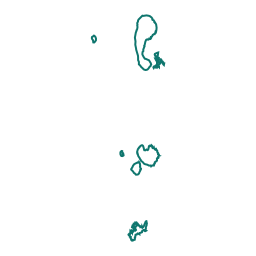 outline of Siau Tagulandang Biaro, Sulawesi Utara, Indonesia
{"feature_id": "22746128B24839603722983", "entity_name": "Siau Tagulandang Biaro", "entity_type": "district", "adm_level": 2, "iso_a3": "IDN", "parent_name": "Indonesia", "parent_adm1": "Sulawesi Utara", "projection": "equal_earth", "projection_center": [125.379, 2.44], "detail": "fine", "context": "isolated", "style": "outline", "palette": "teal", "viewbox_px": 256, "rotation_deg": 0, "n_neighbors": 0, "source": "geoboundaries", "source_scale": "gbopen_adm2", "svg_char_len": 5897}
<svg xmlns="http://www.w3.org/2000/svg" viewBox="0 0 256 256"><path d="M148.9,15.8L146.5,15.4L143.2,15.9L142.4,15.7L138.5,19.6L138.0,20.8L138.0,21.5L137.2,23.1L137.5,24.8L137.2,25.2L137.5,27.0L137.2,28.8L137.0,29.5L136.5,30.2L136.6,30.5L135.8,32.6L134.9,37.7L135.5,41.3L135.3,44.7L136.1,48.7L136.2,49.7L138.0,55.8L138.1,57.7L138.1,60.1L138.9,61.9L138.9,64.4L140.0,65.3L141.3,67.1L142.5,68.1L143.7,69.4L145.4,70.0L146.8,69.8L147.6,69.4L148.4,68.6L149.6,66.8L150.6,66.0L150.8,65.0L151.2,64.6L150.8,63.2L149.0,60.3L145.8,58.9L144.8,58.7L143.5,56.7L142.4,54.5L142.4,53.4L142.6,51.9L143.3,51.2L143.3,49.4L144.5,46.4L144.2,46.1L144.2,45.7L144.6,45.2L145.4,41.5L146.2,39.8L146.7,39.5L147.3,39.6L147.8,39.3L148.3,39.6L148.9,39.1L149.3,39.1L149.4,38.5L149.8,38.6L150.0,39.0L150.3,39.0L150.3,38.5L150.6,38.5L151.1,38.1L151.1,37.6L150.9,37.5L150.9,36.9L152.0,36.5L152.8,34.8L153.5,34.6L154.1,34.0L154.7,34.1L155.1,33.0L155.7,32.9L156.1,31.7L155.6,31.2L156.4,30.2L156.6,27.6L156.1,24.3L154.7,22.0L154.6,22.5L154.3,22.2L154.3,21.3L153.5,20.2L152.5,19.9L152.3,19.6L152.4,18.6L151.4,17.3L150.6,16.8L150.3,16.4L148.9,15.8ZM145.5,150.3L144.3,150.2L144.1,149.8L143.8,148.3L143.1,146.0L142.4,145.3L142.0,145.2L140.6,145.8L140.2,146.5L139.7,146.7L139.3,147.5L138.8,147.7L138.6,148.5L137.9,149.1L137.1,152.0L137.3,153.7L137.7,154.4L137.8,154.2L138.3,156.1L139.6,158.0L139.9,158.8L140.7,159.8L141.0,160.8L142.5,161.9L144.2,163.8L145.1,164.2L147.3,164.7L149.0,165.6L150.7,165.5L151.1,166.3L151.5,165.9L153.2,165.2L153.3,165.5L153.9,165.5L154.0,165.1L154.0,164.6L154.1,164.2L154.3,164.3L154.6,163.5L154.9,163.2L154.8,162.3L155.5,161.6L156.5,161.3L156.6,160.9L157.0,160.4L156.9,158.7L157.3,158.0L157.7,157.8L158.2,158.0L158.5,157.7L158.5,157.4L158.1,157.0L158.1,156.8L158.5,155.9L159.1,155.7L158.9,155.6L159.0,155.1L158.9,154.6L158.4,154.0L158.1,154.0L158.2,153.2L157.9,152.7L157.6,152.7L157.2,151.8L157.2,150.6L156.6,150.0L156.2,149.9L156.1,149.4L155.9,149.6L155.7,149.4L155.3,149.7L154.8,149.3L154.8,148.6L154.0,148.3L153.9,147.8L153.7,148.1L152.7,148.1L152.3,147.6L152.5,147.3L152.4,147.0L152.6,147.0L152.4,146.1L151.5,145.3L151.4,145.6L151.1,145.5L150.9,145.9L150.3,146.1L149.9,145.8L149.6,146.3L149.1,146.2L149.0,146.5L148.9,146.5L148.3,149.3L148.0,149.8L147.7,150.1L146.5,149.5L145.5,150.3ZM145.8,227.3L146.6,225.3L146.7,224.2L146.9,223.6L146.4,221.2L146.0,221.3L145.4,222.1L144.9,223.6L144.4,224.4L144.4,224.9L144.0,225.9L143.5,226.4L143.1,227.1L142.8,226.9L142.4,227.2L142.1,226.6L142.0,227.6L141.7,227.4L141.5,226.9L141.3,227.0L140.7,226.5L140.2,227.0L139.7,226.0L139.3,226.0L138.8,225.6L138.7,225.1L138.2,225.2L138.3,224.6L137.9,224.0L137.5,224.3L137.7,224.8L137.2,224.7L136.7,224.9L136.7,225.2L136.9,225.5L136.6,225.8L136.3,225.7L136.2,224.6L135.8,224.0L136.1,222.7L135.5,222.7L135.2,222.5L135.0,223.0L134.7,223.4L133.7,223.6L133.6,225.8L133.9,225.5L133.8,226.0L133.9,227.2L135.0,226.9L135.3,227.3L135.5,227.4L135.2,228.6L135.9,229.6L136.0,230.0L135.3,230.6L134.9,230.2L134.7,229.5L134.4,229.2L134.0,229.4L134.0,228.8L133.7,228.8L133.3,230.0L133.4,230.4L133.8,230.5L133.6,231.2L133.2,231.6L132.9,230.9L132.5,231.0L132.2,232.7L131.8,231.8L131.8,231.4L131.5,231.3L131.3,231.8L131.0,232.0L131.4,232.9L130.6,233.3L130.4,233.1L130.1,233.2L130.1,233.7L129.9,233.9L129.9,234.7L129.7,235.0L129.9,236.3L129.8,236.9L130.2,237.2L130.8,237.1L130.8,237.8L130.6,238.2L130.9,238.5L131.2,239.9L131.9,240.6L132.1,240.6L132.1,240.1L132.4,239.8L133.3,240.3L133.9,239.9L134.6,239.8L134.8,239.7L134.8,238.6L135.1,237.9L134.8,237.7L134.8,237.3L135.3,236.6L135.5,234.9L136.1,234.7L136.3,234.4L136.8,234.5L137.6,233.5L139.4,234.3L139.3,233.6L139.6,233.0L141.0,232.7L141.6,232.1L142.0,232.1L142.3,230.7L143.1,230.5L143.6,230.0L143.9,230.0L144.9,231.1L145.5,231.1L145.8,230.9L145.8,230.6L146.1,230.5L145.5,230.0L145.4,229.6L145.9,228.5L145.8,227.3ZM139.9,163.4L139.0,162.0L138.8,162.5L138.0,162.7L137.7,162.4L134.3,164.1L133.1,165.6L132.3,167.4L131.2,169.1L131.2,169.6L133.2,171.6L133.8,172.8L134.9,173.5L136.0,174.7L137.9,174.5L139.0,173.5L139.4,172.2L140.1,171.0L140.2,169.9L140.7,169.8L140.9,169.4L141.0,168.6L140.3,168.0L140.0,166.5L140.2,166.2L139.9,163.4ZM158.7,59.0L158.9,57.8L158.2,57.3L157.9,57.2L156.7,59.2L156.0,58.2L155.1,58.3L156.1,60.3L156.7,60.8L156.7,61.3L157.4,61.8L157.7,62.7L157.0,62.9L157.0,63.9L157.2,64.7L155.8,65.4L155.0,66.2L154.0,66.4L153.6,66.8L153.4,67.5L153.7,68.0L154.1,67.2L155.3,67.1L155.5,67.4L155.9,67.1L156.7,67.6L157.0,66.6L157.4,67.2L158.2,66.3L159.0,67.1L159.0,66.3L158.6,65.7L158.5,64.8L159.9,63.8L160.9,62.4L159.2,63.0L158.6,62.1L158.7,60.8L158.2,60.1L158.7,59.5L158.7,59.0ZM94.7,42.0L95.9,40.4L96.0,38.7L95.5,37.1L94.4,35.8L93.9,35.6L92.8,36.6L92.1,36.9L91.8,38.0L92.2,39.2L93.0,40.2L93.3,42.4L94.1,42.5L94.7,42.0ZM123.2,154.6L122.7,154.3L122.6,153.9L122.6,152.6L122.2,152.1L122.2,151.1L121.5,151.0L120.6,151.9L120.4,152.6L120.4,154.1L120.9,155.4L121.4,156.0L122.4,156.1L123.4,155.6L123.6,155.3L123.4,154.4L123.2,154.6ZM155.4,56.2L156.8,56.3L157.8,55.4L158.2,52.5L157.2,52.8L154.9,53.9L154.7,54.7L155.4,56.2ZM133.4,226.7L133.1,225.4L132.9,225.1L132.7,225.2L132.7,225.9L132.3,226.1L132.0,227.3L132.7,227.7L133.3,227.5L133.4,226.7ZM163.1,62.1L162.4,62.4L162.9,63.7L163.2,64.0L163.4,64.0L163.6,64.4L163.5,64.6L163.9,65.0L164.2,63.4L163.9,63.4L163.8,63.7L163.5,63.1L163.3,63.2L163.3,62.3L163.1,62.1ZM131.8,230.7L131.9,229.9L131.9,230.1L131.5,230.1L131.2,230.6L131.2,230.1L130.9,230.7L131.1,230.7L131.3,230.9L131.1,231.1L131.2,231.5L131.8,230.7ZM137.0,224.3L137.4,223.6L136.8,222.8L136.5,223.4L136.8,223.6L137.0,224.0L136.8,223.9L136.4,224.1L136.6,224.3L136.8,224.1L137.0,224.3ZM129.1,235.8L129.0,234.6L128.8,234.2L128.5,234.5L128.7,235.2L129.1,235.8ZM130.9,231.9L130.5,231.4L130.5,231.6L130.4,231.6L130.5,232.3L130.9,231.9ZM161.1,61.2L160.7,60.9L160.7,61.2L161.2,61.6L161.4,61.2L161.1,61.2ZM161.1,60.1L161.3,59.8L160.8,59.2L160.6,59.3L161.1,60.1Z" fill="none" stroke="#0f766e" stroke-width="2"/></svg>